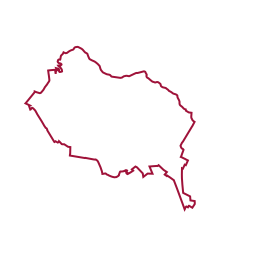 outline of Misca, Arad, Romania, rotated 35°
{"feature_id": "2599482B74682975600135", "entity_name": "Misca", "entity_type": "district", "adm_level": 2, "iso_a3": "ROU", "parent_name": "Romania", "parent_adm1": "Arad", "projection": "natural_earth1", "projection_center": [21.638, 46.618], "detail": "fine", "context": "isolated", "style": "outline", "palette": "rose", "viewbox_px": 256, "rotation_deg": 35, "n_neighbors": 0, "source": "geoboundaries", "source_scale": "gbopen_adm2", "svg_char_len": 5572}
<svg xmlns="http://www.w3.org/2000/svg" viewBox="0 0 256 256"><g transform="rotate(35 128 128)"><path d="M34.3,166.7L37.4,169.0L37.6,168.7L37.8,166.5L39.0,166.3L40.1,166.5L42.0,166.9L45.1,168.4L45.6,168.7L53.4,172.0L57.3,173.8L57.8,174.1L59.5,174.7L60.4,175.1L60.7,175.1L61.2,175.0L61.5,175.0L61.8,175.1L62.3,175.4L62.9,175.8L63.2,176.2L75.7,181.7L75.8,181.7L76.2,180.5L76.6,180.5L77.3,180.3L78.8,180.2L79.3,179.4L79.4,179.2L79.3,178.9L79.1,178.4L79.9,178.5L81.2,178.8L83.0,179.2L83.6,178.9L84.3,178.5L85.1,177.9L89.6,177.8L91.7,176.7L95.3,182.1L95.5,182.7L96.2,183.9L110.0,177.3L110.1,177.0L117.6,173.6L119.3,172.7L119.6,172.3L121.2,172.3L121.8,172.4L122.1,172.5L123.2,173.0L128.1,176.0L131.1,178.2L131.3,178.3L132.3,179.3L133.0,179.8L133.3,180.3L133.7,180.1L134.2,179.5L135.4,178.3L135.8,178.1L136.4,178.1L136.7,178.2L137.5,178.2L137.9,178.1L138.5,177.9L139.2,177.9L141.3,177.5L143.1,177.0L145.1,176.2L146.7,174.8L147.0,174.0L147.4,173.2L147.7,172.0L147.2,171.2L147.2,170.7L147.0,170.0L146.6,168.7L146.7,168.0L147.5,167.5L149.0,166.2L150.2,164.2L150.3,163.9L150.7,163.6L151.2,163.4L151.4,163.4L151.6,163.4L151.6,163.7L151.6,163.9L151.4,164.0L151.1,164.4L151.0,165.0L151.4,165.0L151.6,164.6L151.8,164.4L152.0,164.4L152.2,164.6L152.2,164.8L152.0,165.2L152.1,165.3L152.4,165.4L152.7,165.2L152.9,165.2L153.2,165.1L153.3,165.3L153.4,165.5L153.2,165.8L153.1,166.0L153.5,166.1L154.1,166.0L155.6,162.8L156.7,160.0L154.9,159.7L156.2,155.3L157.5,155.1L158.1,155.1L160.5,155.6L166.1,156.7L168.6,159.3L170.2,154.1L174.3,151.4L167.7,147.2L170.6,144.8L173.8,142.2L174.1,142.1L174.4,140.9L181.2,141.9L185.1,141.8L184.8,145.1L187.3,145.1L187.3,144.5L190.8,144.4L195.6,144.5L195.8,144.7L202.9,149.5L216.3,158.8L221.1,162.2L221.0,161.4L220.6,160.2L220.8,158.9L222.6,158.6L222.4,156.9L222.6,156.7L226.4,156.4L226.3,152.1L225.7,151.1L224.5,149.6L220.7,151.5L218.1,148.4L213.3,149.1L210.4,149.5L205.1,143.3L200.9,138.1L198.8,135.2L195.3,130.0L196.3,129.8L195.5,125.5L196.7,125.3L195.7,120.2L193.8,120.5L192.6,120.6L190.8,120.9L188.7,121.2L187.9,121.4L187.8,120.6L187.4,119.2L186.8,117.0L186.0,114.0L184.9,113.7L184.3,113.9L182.9,113.6L182.0,113.0L181.2,112.4L180.7,109.3L180.8,107.4L180.7,106.2L179.6,90.2L179.6,89.5L179.0,84.8L178.6,84.8L177.6,84.8L176.4,84.6L174.0,83.3L173.1,82.1L172.3,80.7L171.9,80.1L171.3,79.1L170.3,79.6L168.8,80.4L165.5,80.6L165.0,80.0L164.6,79.7L164.5,79.8L163.3,80.1L162.5,80.1L160.2,79.6L158.1,79.5L157.0,79.2L156.3,78.5L155.8,78.0L155.5,77.4L154.8,76.6L153.2,75.6L152.5,75.3L151.2,74.6L150.5,74.0L150.1,73.4L149.7,73.1L149.3,73.0L148.8,72.9L148.2,73.0L147.6,73.1L147.0,73.3L146.4,73.5L145.8,73.7L145.4,73.8L144.7,73.9L143.9,73.8L143.3,73.8L142.6,73.8L141.6,73.9L140.9,74.0L140.5,74.1L140.0,74.0L139.2,73.8L138.6,73.7L137.7,73.7L137.0,73.7L136.3,73.6L135.9,73.6L135.4,73.8L134.7,74.1L133.9,74.4L133.5,74.6L133.1,74.7L132.5,74.8L132.1,74.8L131.6,74.8L131.0,74.7L130.5,74.4L130.1,74.0L129.7,73.6L129.4,73.4L129.0,73.3L128.6,73.3L128.1,73.2L127.4,73.2L126.7,73.2L126.0,73.3L125.6,73.6L125.1,74.0L124.8,74.4L124.4,74.9L124.0,75.2L123.4,75.4L122.5,75.6L122.1,75.8L121.8,75.9L121.4,76.0L120.7,76.0L118.2,75.8L117.3,75.7L116.6,75.6L115.9,75.6L115.2,75.7L114.7,75.7L114.1,75.5L113.5,75.1L113.2,74.7L113.0,74.4L113.0,74.0L112.8,73.7L112.3,73.3L111.6,73.1L110.1,72.2L109.9,72.1L109.3,72.2L108.6,72.4L108.3,72.7L105.7,75.8L104.5,77.2L104.2,77.5L103.3,78.1L102.9,78.6L102.3,79.6L99.4,84.7L99.1,85.0L97.1,85.9L96.5,86.3L94.9,88.1L94.1,90.2L93.0,91.3L85.3,95.2L84.8,95.3L83.5,95.0L82.9,94.9L82.3,95.0L80.1,96.0L79.5,96.2L76.4,96.7L75.9,96.8L75.4,96.8L74.3,96.5L72.6,96.0L72.1,95.7L71.6,95.4L71.2,95.1L69.6,93.8L69.4,93.6L68.8,93.4L67.4,93.1L66.4,92.9L63.9,92.7L63.4,92.7L62.8,92.7L61.4,92.9L60.1,93.2L58.6,93.4L57.6,93.5L57.1,93.6L56.9,93.5L56.3,93.3L53.9,91.8L52.1,90.5L51.7,90.5L51.0,90.5L49.7,90.7L48.2,90.4L45.9,89.8L45.4,89.8L44.6,89.7L43.9,89.8L40.9,90.2L40.6,90.3L40.3,90.4L40.1,90.5L38.6,91.9L38.4,92.2L38.2,92.7L38.1,93.0L38.1,93.4L38.2,94.4L38.2,94.8L38.0,95.4L37.0,96.7L36.5,97.5L35.9,98.7L35.4,100.0L35.3,100.5L35.1,100.9L35.0,101.3L34.8,101.7L34.5,102.0L34.3,102.2L34.0,102.5L33.4,102.7L32.4,102.9L31.8,103.0L32.1,104.5L31.9,105.8L31.7,106.6L31.7,107.0L31.7,107.4L31.9,107.9L32.2,108.6L32.9,110.0L33.2,110.8L33.2,111.0L32.4,111.3L32.2,111.4L32.0,111.7L31.9,111.9L31.8,112.1L31.8,112.5L31.9,112.9L32.1,113.4L32.2,113.8L32.4,114.0L32.7,114.2L32.9,114.3L33.3,114.4L34.0,114.5L34.4,114.4L35.3,114.0L35.7,113.9L36.0,113.8L36.5,113.9L36.8,113.9L37.1,114.1L37.2,114.4L37.1,114.7L36.9,115.2L36.7,115.6L36.1,116.0L35.4,116.5L35.0,116.9L35.3,117.0L35.7,117.1L35.8,117.2L36.5,117.2L37.3,117.1L37.9,117.1L38.3,117.3L38.8,117.6L39.3,117.8L39.9,117.9L40.3,118.2L40.8,118.6L41.1,119.1L41.5,119.5L41.4,119.8L40.8,120.4L40.3,121.0L39.9,121.3L39.6,121.3L39.3,121.2L38.9,121.0L38.4,120.3L38.1,119.8L37.7,119.5L37.4,119.4L37.1,119.5L36.5,119.6L35.6,119.9L34.8,120.2L35.1,120.4L35.6,120.6L35.8,120.6L36.3,120.7L36.8,120.9L36.9,121.0L36.8,121.4L36.6,121.7L36.5,122.2L36.5,122.6L36.6,123.1L36.7,123.5L37.3,124.4L37.7,125.1L37.0,124.4L36.5,123.9L34.9,122.1L30.1,126.2L29.6,126.7L31.0,128.2L31.9,129.2L32.7,130.0L33.6,131.0L34.6,132.1L35.4,133.0L36.0,133.7L36.3,134.1L36.4,134.3L36.5,134.6L36.5,134.8L36.5,135.0L36.6,135.4L36.6,135.7L36.6,136.1L36.6,136.9L36.6,137.8L36.7,138.4L36.7,138.9L36.7,139.6L36.6,139.8L36.6,141.1L36.5,142.3L36.6,143.0L36.7,144.0L36.8,144.8L36.8,145.7L36.7,146.4L36.7,147.2L36.5,148.4L36.4,149.3L36.1,149.7L35.8,150.0L35.7,150.1L32.7,151.1L30.6,151.6L31.0,152.2L30.0,165.8L29.9,166.6L34.8,165.8L34.3,166.7Z" fill="none" stroke="#9f1239" stroke-width="2"/></g></svg>